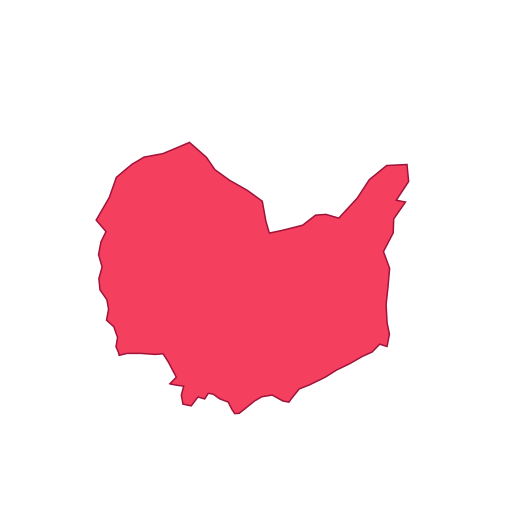 Choulou, Paphos, Cyprus (Equal Earth projection), rotated 216°
{"feature_id": "46923920B92618360089524", "entity_name": "Choulou", "entity_type": "district", "adm_level": 2, "iso_a3": "CYP", "parent_name": "Cyprus", "parent_adm1": "Paphos", "projection": "equal_earth", "projection_center": [32.556, 34.871], "detail": "fine", "context": "isolated", "style": "filled", "palette": "rose", "viewbox_px": 512, "rotation_deg": 216, "n_neighbors": 0, "source": "geoboundaries", "source_scale": "gbopen_adm2", "svg_char_len": 1245}
<svg xmlns="http://www.w3.org/2000/svg" viewBox="0 0 512 512"><g transform="rotate(216 256 256)"><path d="M143.5,157.1L143.5,161.7L142.9,173.9L137.0,183.1L128.6,199.0L123.9,210.9L116.8,224.2L110.9,237.4L105.6,246.6L104.1,257.4L96.8,259.8L102.1,271.2L110.6,278.9L122.2,293.2L131.1,308.7L140.6,324.5L155.5,334.5L158.6,355.4L166.4,367.0L166.8,387.5L175.3,383.6L176.3,406.0L187.3,418.4L187.6,418.8L203.5,406.0L209.2,384.4L208.1,362.4L211.3,335.3L224.0,330.7L231.8,324.1L236.4,308.3L250.6,291.3L258.7,282.4L268.6,290.1L283.1,304.0L301.5,304.0L322.0,301.7L340.0,301.7L354.2,306.7L376.6,308.8L389.2,287.9L391.5,284.1L404.7,270.2L410.2,257.5L412.0,250.5L415.2,237.6L409.1,217.1L406.4,191.1L391.7,187.6L389.7,176.2L384.2,164.6L374.1,156.7L369.8,145.3L362.3,136.9L351.0,133.0L344.0,126.3L339.2,116.2L329.5,115.2L320.2,108.8L315.9,100.3L310.5,97.1L308.3,95.2L303.2,101.3L292.1,109.4L279.6,117.2L273.7,122.3L264.4,118.6L249.2,111.1L250.6,102.0L250.1,102.1L244.1,104.9L238.0,108.2L234.6,99.5L228.0,93.2L220.3,96.7L220.1,107.8L213.5,110.2L213.9,116.9L209.3,119.1L201.4,119.1L192.6,121.5L185.5,117.8L180.5,116.0L177.1,118.9L174.5,128.4L171.9,138.0L168.5,145.6L161.2,153.0L149.1,154.5L143.5,157.1Z" fill="#f43f5e" stroke="#9f1239" stroke-width="1.5"/></g></svg>